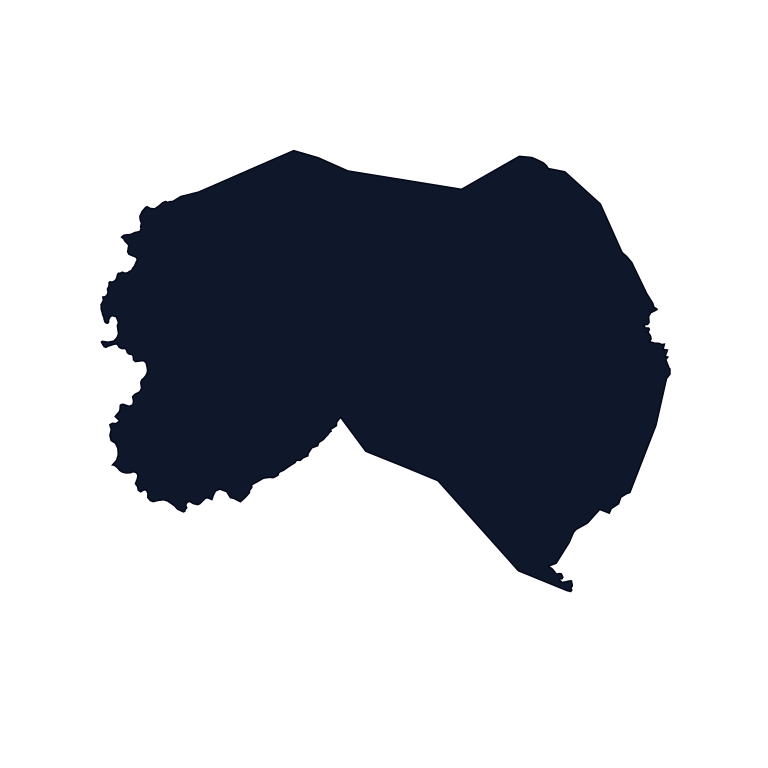 San Simón Zahuatlán, Oaxaca, Mexico (Robinson projection), rotated 255°
{"feature_id": "50627088B58043403570664", "entity_name": "San Simón Zahuatlán", "entity_type": "district", "adm_level": 2, "iso_a3": "MEX", "parent_name": "Mexico", "parent_adm1": "Oaxaca", "projection": "robinson", "projection_center": [-97.999, 17.838], "detail": "fine", "context": "isolated", "style": "filled", "palette": "ink", "viewbox_px": 768, "rotation_deg": 255, "n_neighbors": 0, "source": "geoboundaries", "source_scale": "gbopen_adm2", "svg_char_len": 4083}
<svg xmlns="http://www.w3.org/2000/svg" viewBox="0 0 768 768"><g transform="rotate(255 384 384)"><path d="M549.7,598.3L550.7,598.1L552.6,597.5L554.9,596.2L556.6,594.9L561.0,589.9L564.4,585.6L565.7,582.3L568.9,573.6L552.0,509.2L599.2,404.2L619.6,379.0L632.8,357.2L628.5,328.3L627.8,323.9L627.6,322.2L626.8,317.1L626.6,315.6L626.0,311.5L624.6,302.8L624.2,299.7L623.7,296.6L623.2,293.2L617.4,254.6L617.7,236.3L615.0,227.2L615.5,224.8L615.5,221.8L616.8,220.4L616.5,217.4L614.8,213.8L614.1,212.4L612.5,207.9L614.1,203.6L616.5,201.2L616.4,199.6L613.3,195.1L609.2,191.6L605.4,191.0L602.0,191.3L599.0,189.6L596.6,189.5L594.5,187.5L594.8,182.5L594.0,178.3L594.7,173.9L595.0,171.0L593.8,168.5L591.6,170.2L589.7,170.5L588.2,171.2L584.3,173.4L578.0,170.6L575.3,171.2L570.6,177.4L568.1,178.0L565.7,176.0L562.4,173.4L561.2,171.6L559.4,170.0L558.6,168.6L558.8,167.3L557.9,165.8L557.9,162.8L559.8,160.1L559.3,157.9L559.7,156.1L558.7,154.9L556.2,153.6L554.4,152.3L553.1,150.2L552.7,147.5L553.4,146.5L553.6,145.4L553.2,144.7L551.3,144.2L549.3,143.4L547.8,141.7L546.5,141.3L544.4,141.3L542.1,140.1L540.4,137.3L540.8,134.9L537.4,134.6L533.7,131.1L531.9,130.9L530.2,130.3L528.7,130.2L526.4,130.3L523.3,130.2L521.0,130.6L518.7,130.4L516.1,130.5L514.6,131.7L514.2,132.7L515.2,134.1L516.8,134.4L518.5,135.6L520.0,137.2L520.4,139.2L518.1,142.9L511.8,143.4L509.4,141.5L503.1,140.8L500.9,140.4L498.5,138.6L497.1,137.0L495.4,134.1L495.8,128.2L498.1,123.1L497.7,121.9L495.1,122.5L492.6,123.3L491.4,124.8L491.9,126.9L492.3,133.6L491.7,136.6L487.8,137.8L485.9,140.2L485.5,142.9L483.8,144.0L480.7,144.2L478.8,145.6L477.6,148.4L475.8,148.9L472.1,148.3L470.0,149.7L468.9,157.6L466.3,159.6L462.5,159.6L458.6,159.2L456.0,158.1L453.6,156.0L451.8,153.4L450.5,150.8L448.2,149.4L442.7,148.7L439.7,146.2L438.4,140.4L436.8,137.9L432.1,137.6L428.9,136.0L428.4,132.0L431.8,127.1L432.2,125.0L431.6,123.7L427.9,122.5L425.9,121.3L422.2,115.9L416.8,119.2L415.1,114.9L416.3,111.5L415.7,108.7L413.5,108.6L410.9,108.9L405.2,105.9L400.0,105.8L396.4,109.2L390.8,110.3L384.4,109.0L379.4,105.9L376.1,100.8L375.4,102.4L372.4,104.8L369.2,106.2L366.8,108.3L365.0,111.4L364.0,115.3L364.1,119.6L362.2,122.0L359.6,122.7L356.6,121.4L352.0,118.1L348.8,119.4L345.0,119.2L342.8,121.1L344.0,124.8L342.9,127.0L339.5,127.7L335.6,126.4L331.9,128.1L330.1,130.6L330.0,135.9L329.2,141.2L327.1,144.6L320.9,149.9L316.4,152.3L312.4,157.1L312.6,158.7L313.7,159.0L315.5,161.4L318.4,161.1L320.8,163.2L320.9,165.8L317.8,168.9L315.7,172.8L316.0,175.0L320.0,182.1L319.6,184.4L316.9,187.8L320.6,190.3L323.6,192.9L324.2,193.4L324.4,194.3L325.0,198.2L320.7,204.2L314.0,206.2L312.4,209.3L310.3,211.6L307.4,214.9L310.7,221.2L313.8,225.8L316.1,226.7L318.2,229.5L320.9,230.1L322.6,237.2L324.2,243.1L323.5,249.2L322.2,252.6L322.7,255.7L323.6,258.3L325.0,258.8L326.1,260.7L326.6,264.4L328.9,270.6L331.1,277.7L333.0,279.8L331.9,283.4L333.7,286.9L334.3,291.8L336.5,292.8L341.0,297.7L341.5,303.9L344.5,306.0L345.5,309.6L346.1,311.1L348.1,314.1L349.6,316.7L351.5,318.8L352.0,320.7L353.9,320.4L356.0,327.2L359.4,328.4L359.9,329.1L363.2,333.4L323.7,349.0L299.4,381.4L278.3,408.9L278.0,409.4L276.6,411.1L220.3,439.5L168.8,465.5L136.9,507.5L135.2,510.7L136.4,512.1L138.7,511.8L140.0,513.5L141.6,513.9L143.7,514.0L145.3,514.1L145.8,512.1L146.1,504.9L148.7,503.0L150.0,503.1L150.2,504.2L149.7,505.4L151.0,506.8L154.8,506.1L155.6,503.9L155.7,501.4L160.9,499.1L162.4,498.3L163.4,497.3L164.0,496.5L165.0,496.4L165.5,495.8L166.3,503.9L183.2,522.1L191.6,528.6L193.8,531.9L197.0,544.5L207.0,559.9L200.9,568.2L204.8,571.2L207.6,579.6L213.3,583.4L215.3,590.1L215.5,593.4L273.7,636.0L316.1,658.3L319.5,662.8L324.5,664.1L324.7,663.6L334.7,662.5L336.5,665.1L337.9,662.7L343.4,666.6L345.3,662.5L349.9,665.2L350.2,662.7L352.2,659.9L353.3,656.2L356.3,651.3L358.4,653.7L361.4,653.9L365.7,652.4L368.1,654.5L369.4,654.3L370.7,650.6L373.7,650.5L373.4,654.2L374.9,656.0L380.8,657.1L383.8,660.1L385.1,666.7L385.6,667.2L388.3,664.6L392.5,664.5L397.3,663.0L403.2,661.2L437.1,654.8L444.2,651.5L449.5,648.0L501.9,639.6L542.2,613.6L549.7,598.3Z" fill="#0f172a" stroke="#020617" stroke-width="1.5"/></g></svg>